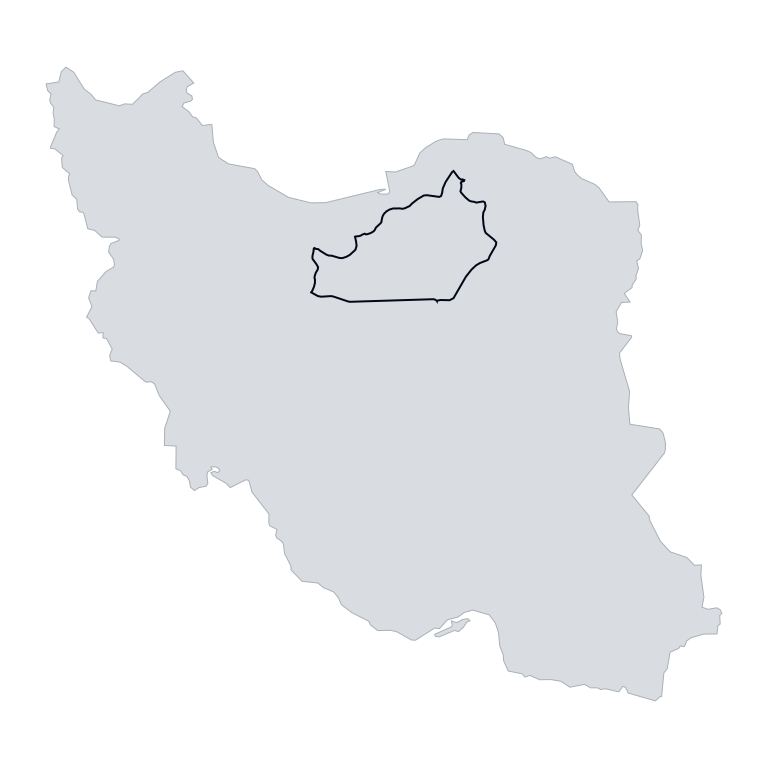 where Semnan sits in Iran
{"feature_id": "IRN-3215", "entity_name": "Semnan", "entity_type": "Province", "adm_level": 1, "iso_a3": "IRN", "parent_name": "Iran", "parent_adm1": "", "projection": "natural_earth1", "projection_center": [54.411, 35.84], "detail": "fine", "context": "in_parent", "style": "outline", "palette": "ink", "viewbox_px": 768, "rotation_deg": 0, "n_neighbors": 0, "source": "natural_earth", "source_scale": "10m", "svg_char_len": 5238}
<svg xmlns="http://www.w3.org/2000/svg" viewBox="0 0 768 768"><path d="M385.8,171.5L395.4,172.0L413.0,166.0L414.6,164.6L419.9,152.8L426.0,147.4L436.5,141.0L443.3,138.9L467.3,139.7L469.1,135.0L473.1,132.5L499.1,133.9L503.1,137.6L504.7,144.3L526.5,150.5L530.9,152.5L536.3,157.6L540.6,158.9L546.2,156.6L549.7,158.2L555.4,156.8L572.4,164.3L574.8,171.9L577.9,175.4L581.6,178.6L595.1,184.5L599.1,187.9L609.1,201.9L636.1,201.7L637.9,204.7L637.7,210.7L639.8,225.1L637.9,230.4L641.4,235.1L641.2,244.1L642.7,250.4L639.7,259.1L636.7,260.8L638.5,268.6L635.9,276.0L636.3,278.8L632.2,285.1L632.0,287.6L624.2,293.4L630.1,302.0L621.5,302.5L616.1,311.7L617.8,322.6L616.4,328.3L617.3,331.4L619.6,333.6L631.3,335.7L631.7,337.2L619.5,353.1L620.1,359.3L629.6,391.5L628.4,407.6L629.9,424.2L659.7,429.0L663.1,433.2L665.4,442.4L665.4,449.3L664.5,452.9L631.8,495.0L649.1,516.0L649.9,520.7L660.4,541.2L670.1,551.8L686.8,557.5L694.5,565.3L701.4,564.9L700.9,575.4L703.9,597.2L702.0,607.2L707.9,609.3L716.8,607.8L720.1,609.7L721.9,613.3L719.7,615.4L720.2,624.0L717.9,625.8L717.0,633.9L703.7,634.1L691.3,637.7L686.8,640.8L684.3,646.6L680.2,646.0L678.9,648.2L670.1,652.2L667.2,668.8L663.9,672.8L661.6,696.5L659.7,696.8L655.4,700.9L628.3,693.1L625.5,687.4L622.7,686.4L618.8,691.8L605.2,688.7L600.6,689.6L597.8,687.9L590.5,687.8L584.7,684.4L569.9,687.2L561.0,681.3L551.3,679.6L539.5,679.7L529.9,675.4L524.9,677.0L522.5,673.9L508.2,671.0L503.5,660.4L503.3,655.1L499.8,645.9L498.5,632.6L495.3,622.8L489.1,614.8L472.7,610.1L464.2,612.5L457.9,617.1L447.5,619.7L439.4,628.7L434.7,628.0L415.5,640.2L411.4,640.0L397.1,631.9L390.7,630.3L377.7,630.6L370.6,625.1L368.7,621.2L351.8,612.6L341.4,604.7L338.2,597.4L333.7,592.0L323.6,587.7L317.8,583.0L302.0,581.3L291.0,569.8L290.9,566.0L284.5,553.3L283.5,544.0L282.0,541.6L276.6,537.8L275.7,535.3L276.9,529.4L269.8,525.8L268.8,523.0L269.0,514.0L252.1,492.3L248.8,480.3L245.7,479.8L230.3,487.6L226.0,483.2L212.7,475.6L210.9,472.7L214.2,471.3L217.6,472.6L219.6,471.0L218.8,468.4L215.5,466.8L211.0,466.9L212.2,469.4L207.9,471.7L206.9,474.7L207.8,483.6L206.0,486.2L198.9,487.6L194.4,490.5L190.5,487.2L189.4,480.7L187.0,476.5L183.3,475.0L180.6,470.8L175.9,468.7L176.1,446.0L164.4,445.5L164.7,428.3L170.3,411.2L159.4,395.8L154.6,384.0L151.6,381.8L145.8,382.1L126.7,366.2L120.0,362.1L110.7,360.9L109.7,355.3L112.2,349.1L107.9,341.1L106.6,338.7L102.9,337.8L103.2,332.7L98.2,333.0L89.3,319.0L86.6,317.1L92.0,306.5L88.6,297.9L91.0,290.7L95.8,291.0L97.4,281.3L106.2,271.4L113.7,267.1L114.5,264.1L113.2,258.7L108.6,252.0L109.4,246.3L111.0,243.5L118.9,240.5L119.3,239.2L115.6,237.2L102.0,237.1L94.7,230.4L87.8,228.8L84.0,214.1L82.9,212.3L79.6,211.8L77.6,209.1L76.7,199.3L72.1,194.9L68.5,180.5L68.4,176.9L69.7,173.8L62.3,167.5L61.6,157.9L63.2,155.7L54.6,148.7L50.7,148.4L50.4,147.2L56.7,132.2L59.2,128.8L54.1,126.6L54.3,119.2L53.1,113.0L53.8,107.2L50.5,103.0L49.7,100.4L51.0,93.9L47.8,90.8L46.1,83.9L58.7,82.0L61.4,71.5L66.0,67.1L73.7,72.2L84.3,89.2L90.9,94.2L95.6,99.9L119.2,105.8L124.4,103.9L132.5,104.3L143.0,93.8L147.8,92.4L160.0,81.9L175.2,72.3L182.9,70.8L193.8,83.0L187.3,86.7L186.2,89.8L186.8,92.8L191.9,95.9L192.4,99.4L190.7,101.1L184.0,103.0L182.1,106.5L189.2,112.0L192.5,116.8L196.4,118.0L202.3,125.5L211.8,124.4L213.4,142.5L218.6,157.5L228.5,163.9L254.7,168.7L257.6,171.6L261.8,179.9L268.5,185.7L288.6,197.4L310.9,202.9L325.8,202.6L380.7,189.3L385.8,189.3L377.6,192.6L380.7,194.1L387.7,194.1L389.3,192.8L389.6,190.5L385.8,171.5ZM466.8,622.1L463.4,627.3L458.4,631.7L454.6,630.4L439.4,636.8L435.3,636.4L434.7,634.3L451.5,626.9L452.3,624.9L451.3,621.0L456.7,622.6L462.7,619.5L467.7,618.6L470.0,620.8L466.8,622.1Z" fill="#d9dde1" stroke="#a8b0b8" stroke-width="1"/><path d="M365.9,234.4L367.6,234.1L370.3,233.2L372.8,231.9L374.3,230.6L375.1,229.4L375.5,228.3L376.4,227.1L379.9,223.9L381.3,222.4L381.9,218.9L382.6,216.3L383.9,213.9L386.5,211.3L389.4,209.6L392.9,208.5L399.7,208.4L402.4,208.8L404.8,208.3L409.7,206.0L411.9,203.6L417.8,199.0L423.8,195.5L426.8,195.2L439.2,196.9L441.0,196.1L442.1,193.1L442.8,188.4L445.6,182.0L452.0,172.2L453.5,171.0L458.7,177.9L461.2,179.7L462.6,179.4L464.3,180.1L463.9,181.1L461.9,181.7L461.0,182.4L460.8,183.0L461.0,183.4L461.2,183.9L461.4,185.0L461.3,187.9L460.6,190.5L460.5,191.4L461.2,192.7L465.3,197.3L469.3,200.7L471.2,201.4L474.5,201.9L476.3,202.6L481.6,201.7L482.2,201.5L483.3,201.5L484.8,202.4L485.6,205.8L484.7,209.8L483.3,212.5L482.9,217.2L483.6,225.3L484.7,230.5L485.7,232.9L494.0,239.7L496.3,242.4L495.8,245.4L489.8,255.9L488.4,259.4L487.3,260.2L480.0,263.0L476.0,265.4L471.5,269.6L465.9,276.7L453.5,298.2L449.6,300.2L440.6,300.0L437.4,300.6L436.8,300.9L436.8,301.0L436.5,300.6L435.6,299.9L433.7,299.2L350.0,301.8L348.2,301.5L333.3,296.5L330.9,296.1L321.3,296.7L317.9,296.1L311.2,292.4L312.3,290.7L313.9,287.0L314.9,283.2L315.0,279.7L314.5,278.0L314.7,276.1L315.8,272.7L317.6,269.8L318.1,267.2L316.5,264.3L312.6,259.0L312.4,257.1L312.6,255.2L313.3,252.6L313.8,248.6L314.4,248.0L315.0,248.3L315.4,248.7L316.2,249.0L318.2,249.1L320.2,250.8L326.5,254.7L329.0,255.6L331.7,255.7L339.6,258.0L342.4,258.1L346.4,256.8L349.8,254.9L355.4,249.8L356.6,245.9L356.1,241.6L355.0,236.7L355.5,236.5L359.1,236.1L360.7,235.6L362.9,234.3L364.8,233.7L365.9,234.4Z" fill="none" stroke="#020617" stroke-width="2"/></svg>